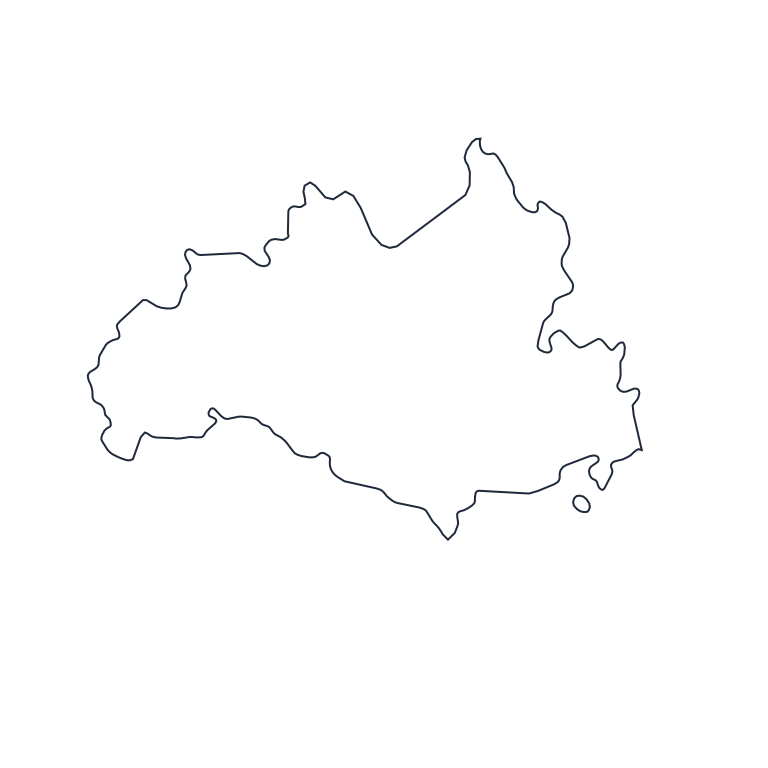 the Province of Perugia, rotated 136°
{"feature_id": "ITA-5432", "entity_name": "Perugia", "entity_type": "Province", "adm_level": 1, "iso_a3": "ITA", "parent_name": "Italy", "parent_adm1": "", "projection": "robinson", "projection_center": [12.525, 43.115], "detail": "fine", "context": "isolated", "style": "outline", "palette": "slate", "viewbox_px": 768, "rotation_deg": 136, "n_neighbors": 0, "source": "natural_earth", "source_scale": "10m", "svg_char_len": 5831}
<svg xmlns="http://www.w3.org/2000/svg" viewBox="0 0 768 768"><g transform="rotate(136 384 384)"><path d="M303.3,581.8L297.1,580.3L295.7,574.2L296.6,559.0L292.2,552.1L278.1,549.3L275.4,540.6L278.4,526.9L288.8,499.8L289.2,485.8L285.4,478.0L279.2,474.1L194.2,463.4L184.4,467.4L175.0,476.8L171.8,482.9L170.8,487.3L168.6,491.0L162.2,494.7L152.6,496.9L147.7,496.3L144.2,493.5L146.2,492.3L148.5,489.8L149.4,488.6L150.2,487.1L150.9,485.6L151.4,483.8L151.6,481.8L151.2,479.7L149.6,477.2L148.1,475.8L145.2,473.9L144.4,471.8L144.5,468.5L147.2,455.8L149.2,450.6L151.7,440.2L153.8,435.7L157.9,430.9L158.6,429.7L159.8,426.5L160.3,424.8L160.6,422.8L161.3,414.7L161.1,412.1L160.4,409.1L158.0,404.5L156.1,402.7L154.0,402.0L152.4,402.6L151.1,403.5L149.3,406.0L148.1,406.9L146.5,407.2L145.0,406.9L143.8,404.7L142.9,401.2L142.5,393.3L141.8,389.7L141.2,387.0L140.5,385.6L140.0,384.0L139.7,382.4L139.4,380.4L141.3,373.6L149.3,359.9L152.3,357.3L153.5,356.1L156.8,354.4L167.0,351.5L168.3,350.9L170.0,349.7L173.0,346.8L174.0,345.2L174.8,343.1L175.6,340.1L178.0,326.5L178.8,324.6L180.2,322.8L183.2,320.8L185.6,320.3L187.7,320.4L197.6,324.4L201.3,325.3L203.2,325.3L204.8,324.9L206.4,324.2L209.0,322.3L211.4,320.1L212.6,319.2L214.1,318.5L215.9,318.1L224.2,318.2L225.9,317.8L227.4,317.2L242.5,308.2L247.4,304.4L248.1,302.6L248.2,300.3L246.6,295.9L245.2,293.8L243.6,292.3L242.0,291.9L240.4,292.0L239.1,292.8L238.2,294.1L236.1,298.5L235.2,299.9L234.2,301.0L232.9,301.8L231.1,302.3L227.1,302.5L225.1,302.2L221.6,301.2L220.2,300.3L219.5,297.3L219.2,292.6L219.4,282.1L218.9,277.5L218.1,274.5L216.8,273.5L213.8,271.9L199.2,267.9L198.1,267.0L197.3,265.7L196.9,264.1L196.8,261.8L197.3,254.5L197.2,251.9L196.6,250.2L195.0,249.6L187.6,250.0L185.7,249.7L184.3,248.9L183.3,247.8L183.7,245.7L185.4,243.0L190.7,238.4L193.6,237.0L196.4,236.2L198.1,235.9L200.2,234.1L207.5,226.1L210.5,223.9L213.0,222.6L216.3,221.5L217.7,220.3L218.6,218.6L218.7,215.2L218.0,213.3L217.0,211.8L214.5,209.9L208.0,207.3L206.6,206.4L205.6,205.2L205.0,203.7L205.4,201.9L206.8,199.9L210.7,197.5L213.5,196.7L218.2,196.2L220.0,195.9L225.9,188.3L244.5,157.4L246.0,160.1L247.5,160.9L251.4,161.4L256.0,161.4L259.2,162.1L264.8,164.0L271.8,168.1L274.1,168.8L276.8,168.2L278.1,166.9L279.5,163.8L280.4,162.5L281.7,161.6L283.1,160.8L297.7,155.9L299.2,155.7L300.6,156.2L301.3,158.4L301.2,160.3L300.6,162.0L299.2,165.0L298.7,166.4L298.7,168.0L299.8,170.7L300.0,172.2L299.8,173.8L299.3,175.4L298.5,176.8L297.7,178.1L296.6,179.3L295.2,180.1L293.7,180.7L291.7,180.7L286.0,179.7L284.2,179.5L282.7,180.0L281.6,181.0L281.0,182.4L281.0,184.0L281.6,185.4L282.5,186.6L283.7,187.6L286.4,189.3L309.0,199.0L312.9,200.0L316.8,199.3L318.8,198.3L320.4,197.0L322.5,194.7L323.8,193.8L325.2,193.1L327.1,192.8L331.1,193.6L347.7,200.2L355.8,204.5L390.1,241.5L391.7,242.2L393.5,242.1L396.8,239.7L400.0,236.6L401.1,235.8L402.5,235.5L404.7,235.4L409.0,236.1L413.8,237.5L418.2,239.8L419.8,240.1L421.6,239.7L423.5,237.7L426.7,233.2L427.8,232.1L429.5,230.9L436.5,227.7L446.1,227.6L446.2,235.1L445.7,236.8L444.6,242.7L444.5,246.4L444.6,248.3L444.3,252.1L441.9,262.8L441.8,264.8L442.8,267.5L444.6,270.9L457.3,289.5L458.2,291.4L459.0,293.9L459.9,300.7L459.4,306.6L459.8,310.0L462.0,314.2L480.0,341.5L480.3,342.7L481.9,349.2L482.4,352.6L482.4,354.5L482.2,356.5L481.8,358.1L481.2,359.8L480.5,361.3L479.7,362.7L477.6,365.1L475.3,367.2L474.4,368.3L473.8,369.6L473.8,371.2L475.1,375.9L476.2,377.3L477.9,378.4L483.5,379.1L486.2,380.7L488.9,383.4L493.6,389.8L495.4,393.3L496.3,396.2L496.0,400.2L495.0,408.0L494.7,411.9L495.2,417.3L497.0,422.7L497.2,423.7L497.3,425.3L497.2,427.0L496.6,430.6L496.5,432.4L496.8,433.9L497.5,435.4L499.0,438.1L499.6,439.6L499.8,441.4L499.8,445.3L500.7,448.5L502.9,452.2L509.0,459.4L511.3,461.5L520.8,467.5L521.8,468.7L522.6,470.0L523.0,471.6L523.3,473.3L523.4,475.1L523.3,482.8L523.5,484.5L524.5,485.9L526.2,486.5L529.8,485.5L531.2,484.0L531.8,482.3L531.3,480.8L530.0,477.9L529.6,476.4L529.7,474.9L530.5,473.7L532.8,473.0L543.4,473.5L546.6,473.0L548.8,472.3L550.4,472.0L552.5,472.7L555.3,475.1L560.1,480.5L567.9,486.0L571.4,489.1L573.2,491.4L584.9,503.6L586.6,506.0L587.3,507.4L587.8,508.9L588.5,512.3L589.0,513.8L589.8,515.2L595.7,514.8L616.8,504.4L619.3,505.4L620.3,506.1L621.4,507.2L622.3,508.5L625.1,513.9L627.4,519.9L628.3,523.1L628.5,524.8L628.6,526.9L628.5,529.3L626.4,539.0L625.9,540.4L624.4,541.8L622.0,543.2L617.6,544.6L615.0,544.7L612.9,544.3L611.3,543.7L609.3,544.0L607.8,545.7L606.0,548.8L606.0,555.4L602.7,560.4L602.3,562.0L602.0,564.1L602.1,565.9L602.6,567.5L603.7,570.5L604.0,572.1L604.1,573.7L603.6,575.4L602.9,576.8L598.8,581.4L597.1,584.0L595.6,587.0L593.9,591.8L593.1,593.2L592.2,594.5L591.3,595.8L589.6,596.6L587.4,596.9L581.0,595.5L578.4,595.4L576.1,596.1L570.1,601.3L568.2,602.2L556.7,605.4L554.3,605.4L550.3,604.5L548.0,603.6L544.8,601.8L543.2,601.4L541.4,601.9L539.6,604.0L538.5,606.0L537.1,609.4L536.4,610.5L535.5,611.6L534.7,612.1L530.6,612.5L499.1,611.8L496.5,609.2L493.4,597.5L491.1,593.4L488.0,589.4L484.5,586.1L480.8,584.0L477.5,583.7L474.2,584.8L465.9,589.5L459.9,590.9L457.8,591.8L456.3,593.6L453.8,598.0L451.5,599.9L445.8,600.2L443.2,601.3L441.1,604.3L439.1,611.8L437.5,615.1L435.3,616.7L432.7,617.2L430.3,616.1L428.9,613.1L428.4,608.5L427.9,606.4L426.6,604.4L396.9,578.5L395.3,575.8L394.0,571.6L392.2,558.7L390.7,555.0L388.5,552.1L385.6,550.4L382.6,550.4L379.9,552.5L378.7,555.6L377.3,562.8L375.2,565.2L372.9,566.0L367.6,566.6L365.2,566.2L361.7,564.0L357.5,558.7L355.5,557.2L351.3,556.2L349.7,556.9L348.6,559.0L332.7,574.8L331.0,575.6L328.2,575.6L325.6,574.6L324.2,573.0L322.9,571.1L321.0,569.1L315.6,568.0L312.0,572.4L308.4,578.3L303.3,581.8ZM326.5,150.8L329.1,152.9L331.2,156.1L332.1,160.0L331.9,164.5L330.1,167.6L326.8,169.6L323.3,169.6L320.7,167.6L318.8,164.5L318.4,160.4L319.3,155.5L321.5,152.4L324.3,151.0L326.5,150.8Z" fill="none" stroke="#1e293b" stroke-width="2"/></g></svg>